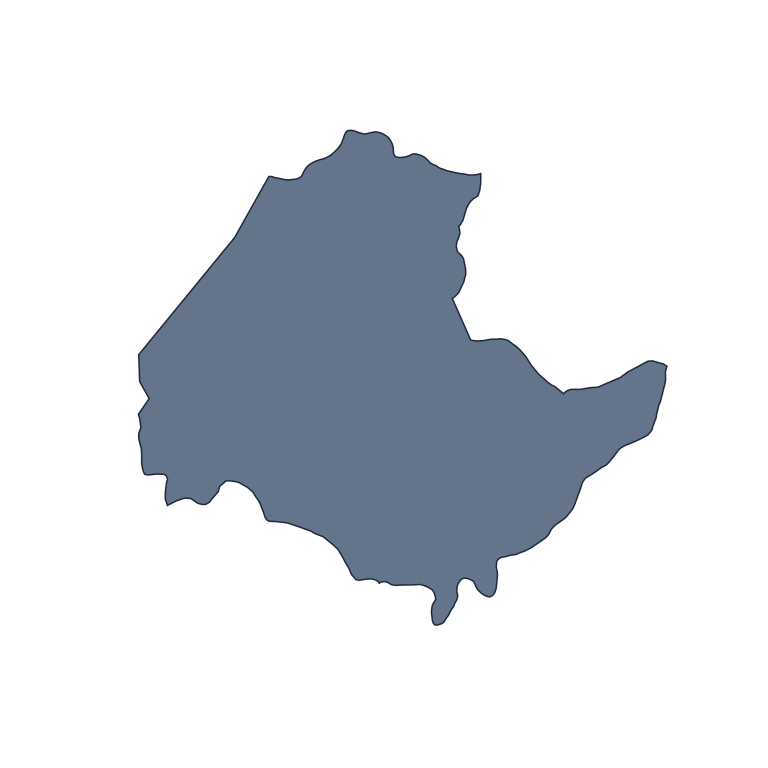 outline of Des Blanchard, Micoud, Saint Lucia, rotated 329°
{"feature_id": "8701671B70067848832200", "entity_name": "Des Blanchard", "entity_type": "district", "adm_level": 2, "iso_a3": "LCA", "parent_name": "Saint Lucia", "parent_adm1": "Micoud", "projection": "mercator", "projection_center": [-60.933, 13.812], "detail": "fine", "context": "isolated", "style": "filled", "palette": "slate", "viewbox_px": 768, "rotation_deg": 329, "n_neighbors": 0, "source": "geoboundaries", "source_scale": "gbopen_adm2", "svg_char_len": 5883}
<svg xmlns="http://www.w3.org/2000/svg" viewBox="0 0 768 768"><g transform="rotate(329 384 384)"><path d="M277.2,552.3L278.7,552.2L280.2,552.6L281.2,552.8L282.9,553.6L284.8,555.7L285.3,556.4L286.8,559.5L289.1,561.8L292.4,563.7L294.7,564.9L298.2,566.9L301.3,568.7L303.9,570.3L305.6,571.1L308.5,572.8L311.5,574.3L313.6,576.4L314.5,577.4L315.1,578.2L317.1,581.0L318.4,583.3L319.4,585.8L319.4,587.5L319.4,588.5L319.0,590.6L318.3,593.2L317.6,594.6L317.2,595.5L314.5,596.7L311.9,598.3L310.0,600.2L308.7,601.9L307.0,604.3L306.1,606.1L305.2,608.4L303.7,611.5L303.1,613.8L303.2,616.2L304.2,617.2L306.1,618.3L306.9,618.5L308.1,618.7L309.3,619.0L310.9,619.2L312.8,618.9L314.8,617.8L316.6,616.9L318.5,616.1L320.9,615.1L324.1,612.8L326.3,611.7L329.2,610.6L331.3,608.7L334.6,606.9L336.5,605.4L338.4,603.0L338.8,601.7L339.6,599.2L340.2,598.3L341.0,597.2L342.2,595.5L343.5,594.3L345.5,592.9L347.8,591.9L350.4,591.2L352.9,591.7L354.2,592.7L356.1,594.4L357.7,596.8L359.1,599.3L359.0,601.9L358.5,604.5L358.5,605.4L358.4,606.5L358.4,608.8L359.1,611.5L359.9,614.1L361.2,616.7L363.4,619.7L365.1,621.0L366.4,621.2L367.6,621.2L368.8,621.1L370.8,620.2L372.1,619.5L374.3,617.5L375.5,616.2L376.8,614.4L378.9,611.7L380.4,609.6L382.0,607.4L383.3,605.6L384.6,602.7L385.3,600.4L386.2,598.3L387.6,596.4L389.1,594.2L390.4,593.6L392.5,592.9L394.0,592.9L395.7,593.1L396.8,593.6L398.6,594.3L400.5,595.0L403.6,595.6L406.8,597.0L407.5,597.3L409.3,598.1L412.7,598.5L413.6,598.6L416.6,599.3L418.7,599.7L423.0,600.0L426.8,600.2L429.9,599.9L434.0,599.7L438.4,599.4L440.7,599.2L443.1,599.1L445.4,598.5L447.3,597.9L449.0,597.0L450.9,595.7L452.3,594.9L455.0,593.9L456.3,593.7L458.1,593.2L460.9,592.9L465.4,592.6L467.9,592.4L470.9,592.1L473.9,591.0L477.6,589.7L480.7,588.5L482.9,587.3L484.9,585.8L486.8,584.5L488.2,583.2L489.9,581.9L491.4,580.7L491.9,580.3L493.3,579.0L495.9,577.1L496.7,576.4L497.7,575.5L499.5,574.1L501.7,572.0L502.3,571.6L503.5,570.6L505.2,569.7L507.6,568.7L509.7,568.4L512.5,568.4L516.2,568.4L518.8,568.3L520.9,568.2L524.0,567.9L526.9,567.6L529.2,567.7L532.1,567.9L533.0,567.8L534.7,567.5L535.9,567.1L538.3,566.4L539.0,566.1L541.8,565.0L543.8,564.4L546.6,563.2L548.6,562.3L549.8,561.9L550.8,561.6L551.6,561.1L554.4,560.8L557.2,560.8L559.8,561.0L563.8,561.7L568.2,562.3L569.7,562.5L570.7,562.6L573.3,563.0L576.4,563.2L579.7,563.4L580.8,563.4L582.5,563.6L584.3,563.5L586.3,562.8L587.9,562.3L589.7,561.5L591.0,560.5L592.5,558.8L595.3,556.7L597.2,555.1L599.6,553.4L600.7,552.1L601.9,550.5L602.6,549.8L603.5,548.9L605.6,546.8L607.3,545.0L608.0,544.4L609.2,543.3L611.1,542.0L612.3,541.0L614.3,539.0L615.8,537.4L616.8,536.5L617.6,535.8L618.7,534.6L619.3,534.0L620.7,532.6L622.8,530.5L624.7,528.8L626.1,527.1L627.9,525.0L629.2,522.4L630.1,520.9L631.2,519.0L633.0,516.9L634.0,516.0L635.7,514.5L633.4,510.1L631.9,508.8L626.1,502.5L622.0,500.4L617.3,500.1L614.8,500.0L611.6,499.9L603.7,499.5L599.6,499.2L592.5,499.9L591.0,500.1L590.1,500.2L582.2,499.1L565.8,496.9L559.5,493.7L555.3,491.9L549.7,489.8L541.5,484.9L537.7,484.1L536.2,484.2L534.4,484.3L532.9,484.9L530.5,477.8L528.6,473.2L527.3,471.6L524.8,465.8L524.3,463.3L521.8,455.8L521.3,453.1L519.9,444.0L519.8,438.0L519.6,433.3L518.5,426.9L517.9,424.0L516.9,420.4L514.7,415.5L513.0,411.0L511.1,408.6L507.3,405.3L504.3,403.9L498.5,400.6L495.5,399.5L492.0,398.2L486.8,395.6L483.6,393.3L480.9,391.0L483.5,371.0L486.6,345.7L487.9,345.8L490.7,345.4L495.3,344.1L498.9,341.6L504.9,337.6L510.6,332.0L513.3,327.2L515.8,320.0L516.8,317.4L516.6,313.5L515.2,309.0L515.7,306.5L516.9,303.1L519.9,299.5L523.2,297.1L526.7,294.0L528.4,290.1L529.3,287.3L531.7,286.8L533.0,285.9L535.2,284.9L537.5,283.0L539.5,281.1L542.9,278.0L545.6,275.6L548.9,273.6L550.3,272.9L552.6,272.0L555.8,271.3L558.2,271.2L559.1,271.2L560.1,271.2L561.2,271.1L562.5,270.2L565.9,267.3L568.0,264.5L569.2,263.1L569.6,262.6L571.6,259.6L573.2,257.0L575.3,253.5L571.9,252.5L568.3,250.9L564.2,248.5L561.9,246.2L557.4,242.6L553.7,239.3L551.9,237.5L548.2,234.0L545.8,231.0L542.8,227.4L541.1,223.7L539.8,221.9L538.6,220.4L537.5,218.5L537.0,215.5L536.3,213.2L535.8,211.3L535.0,209.7L534.0,207.9L533.3,206.9L532.9,206.5L530.0,203.4L528.4,202.2L525.7,201.4L522.6,201.2L519.7,200.5L516.3,199.1L514.1,198.0L511.7,195.9L510.7,194.3L510.9,191.4L511.8,189.4L512.5,188.4L512.9,187.7L514.4,184.1L514.9,180.6L515.0,178.6L514.8,176.3L514.7,175.1L513.3,171.5L511.7,168.8L511.4,168.2L509.1,165.6L506.4,163.4L503.6,162.3L500.6,161.3L498.1,160.5L496.1,159.8L494.1,157.8L492.1,155.8L490.1,153.1L487.7,150.6L485.9,149.2L483.2,148.1L481.2,148.5L478.5,150.1L476.0,152.3L471.9,155.5L468.8,157.2L464.4,158.8L459.7,159.8L455.7,160.5L450.1,160.2L445.5,159.0L440.9,157.9L438.4,157.6L433.6,157.5L430.9,157.9L430.0,158.2L427.9,158.9L425.3,160.3L420.5,163.3L418.2,163.6L417.4,163.6L414.4,163.1L411.6,161.9L408.0,160.2L406.0,159.1L404.3,157.7L402.8,156.4L400.7,154.3L397.1,151.2L396.3,150.3L394.9,148.5L392.2,146.8L352.8,169.3L331.5,181.5L188.9,232.5L175.8,256.1L175.2,275.6L157.8,283.5L157.0,287.0L155.3,291.2L153.1,296.3L149.0,299.4L147.8,300.7L146.2,303.7L145.6,304.7L144.1,309.5L142.6,314.6L140.0,319.5L135.3,327.4L133.6,332.0L133.0,333.6L132.3,338.0L134.5,340.2L136.3,341.1L143.0,344.2L145.9,346.1L148.8,348.0L150.1,350.4L149.8,352.5L149.3,354.4L147.5,355.7L141.1,363.7L137.2,370.1L136.2,375.2L135.8,376.6L136.4,376.6L146.2,377.3L154.0,379.0L159.4,382.5L162.8,390.2L166.2,393.7L169.2,395.4L173.6,395.4L177.0,394.0L186.5,390.9L190.5,387.1L198.7,385.7L201.6,387.4L202.5,388.0L207.0,391.7L208.9,393.7L213.9,402.7L216.0,409.1L216.0,414.2L216.4,419.7L216.0,424.1L214.9,430.5L213.4,437.3L213.6,440.4L214.9,442.6L220.7,446.4L229.3,453.0L236.1,460.9L245.3,472.1L247.7,476.5L249.8,479.2L253.2,483.6L257.3,494.8L259.4,502.1L259.4,511.6L259.0,516.4L259.0,522.6L258.1,530.9L258.3,531.7L259.2,537.3L261.8,539.5L264.5,540.6L267.3,541.7L272.4,544.3L274.2,545.7L275.9,547.7L277.4,550.8L277.2,552.3Z" fill="#64748b" stroke="#1e293b" stroke-width="1.5"/></g></svg>